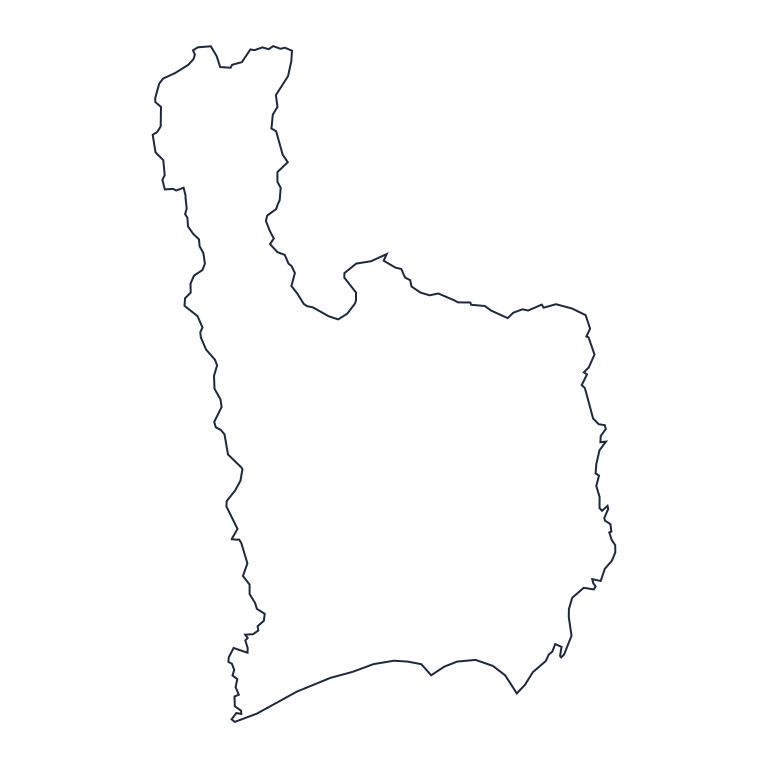 Juana Díaz, Puerto Rico (Natural Earth projection)
{"feature_id": "32010507B98584278063898", "entity_name": "Juana Díaz", "entity_type": "district", "adm_level": 2, "iso_a3": "PRI", "parent_name": "Puerto Rico", "parent_adm1": "", "projection": "natural_earth1", "projection_center": [-66.503, 18.064], "detail": "fine", "context": "isolated", "style": "outline", "palette": "slate", "viewbox_px": 768, "rotation_deg": 0, "n_neighbors": 0, "source": "geoboundaries", "source_scale": "gbopen_adm2", "svg_char_len": 3257}
<svg xmlns="http://www.w3.org/2000/svg" viewBox="0 0 768 768"><path d="M234.8,721.9L256.7,713.7L297.1,691.5L330.6,677.8L345.9,673.7L352.7,671.8L373.3,664.2L378.9,663.2L391.6,661.1L393.9,660.7L399.9,661.1L407.6,661.6L414.6,662.9L417.2,663.4L421.3,664.2L426.6,670.1L431.2,675.3L444.2,666.7L457.1,661.6L475.4,659.9L479.3,661.2L492.9,665.9L505.1,675.3L511.1,684.5L516.8,693.4L525.0,684.8L532.8,672.2L545.8,661.0L548.8,654.5L552.3,651.7L555.2,644.1L561.5,646.8L560.1,656.0L561.2,657.4L564.1,654.5L571.5,635.8L568.8,617.0L568.9,609.1L572.2,597.8L583.7,587.8L593.8,589.4L595.6,586.4L593.2,583.1L592.3,579.2L600.7,581.0L604.8,568.8L612.0,560.6L615.3,552.4L615.2,545.1L611.6,539.7L609.3,532.4L611.4,531.6L610.4,524.2L604.9,520.5L604.3,517.9L608.2,509.0L607.5,505.9L602.0,510.8L599.5,507.9L599.6,497.1L596.3,485.9L599.0,475.6L595.6,473.4L596.3,464.2L599.5,450.2L606.0,441.6L600.4,442.2L600.7,436.0L605.8,429.1L604.8,425.2L598.7,424.2L593.1,418.5L584.9,388.1L581.7,385.1L587.0,374.4L583.8,372.4L588.8,367.4L594.5,354.5L588.5,337.3L586.4,336.5L590.1,328.6L585.6,315.1L572.0,308.5L556.0,304.2L543.6,307.7L541.8,304.6L528.1,310.5L522.5,309.3L513.3,312.7L507.7,318.1L491.2,310.6L484.8,306.0L471.2,304.8L470.3,302.5L458.1,302.4L453.9,300.2L438.4,293.5L429.5,295.3L420.3,292.5L411.5,286.5L410.2,280.2L405.0,277.5L401.3,269.0L395.6,267.7L383.7,260.7L386.7,254.1L371.1,261.2L356.2,263.6L344.4,273.1L344.3,277.6L356.0,292.5L356.0,300.3L355.0,303.5L347.2,313.7L338.2,319.4L328.8,316.3L312.8,307.3L307.1,306.2L303.7,303.8L297.4,293.7L291.4,286.0L294.9,273.0L291.5,266.0L288.4,263.5L284.8,254.9L277.4,252.1L270.0,244.1L273.8,238.6L269.8,230.9L265.9,220.9L267.2,215.6L276.1,209.1L278.1,203.4L279.1,201.6L279.7,200.0L280.7,187.8L277.4,181.8L277.4,172.1L287.8,162.2L282.7,154.7L276.1,131.2L271.4,128.5L271.8,125.2L272.8,114.6L277.5,106.9L275.9,95.1L288.0,76.2L291.3,61.4L292.0,50.7L284.8,47.7L280.5,48.8L273.2,46.1L268.7,49.2L262.4,47.4L254.4,50.2L250.4,49.4L241.9,62.1L232.1,64.8L230.6,67.7L220.2,67.1L216.7,56.2L210.8,46.3L197.9,47.3L193.0,50.3L194.9,54.8L193.4,59.2L188.2,64.9L175.0,73.1L163.0,78.6L159.2,83.7L155.2,98.1L155.3,102.1L161.0,106.9L160.7,126.4L157.2,132.0L152.7,134.8L155.5,152.3L163.3,160.2L164.7,175.2L162.4,179.8L164.8,189.4L173.0,188.9L176.3,190.5L183.6,187.7L185.6,195.8L185.5,197.6L186.7,208.5L185.1,214.1L187.4,217.7L188.0,226.5L193.3,234.0L199.0,239.4L199.6,246.3L203.4,253.1L204.9,263.7L202.5,270.0L194.0,275.6L190.5,283.7L190.7,292.6L185.1,298.2L184.5,305.8L197.5,316.1L202.5,327.5L200.3,332.3L200.9,337.6L206.1,349.6L215.0,359.8L217.1,365.4L214.0,375.8L214.5,388.8L220.5,399.4L221.6,407.0L214.2,421.9L215.8,427.3L220.8,430.0L224.5,434.3L228.0,454.5L241.3,467.4L242.5,469.3L241.4,475.1L240.5,480.6L235.2,490.4L226.7,501.1L226.4,506.4L237.5,528.9L231.8,538.9L231.8,539.2L236.4,539.7L239.2,539.6L241.3,543.0L247.4,563.4L242.9,576.0L249.6,584.6L249.6,594.1L255.2,603.1L255.3,603.7L256.9,608.9L264.7,613.8L263.9,620.7L257.6,626.2L258.3,630.5L253.1,634.2L245.2,634.7L247.7,638.0L245.3,640.4L247.7,648.1L247.5,652.7L233.6,648.0L228.8,657.2L228.4,661.8L231.9,663.8L234.2,669.9L232.5,675.5L237.3,679.1L235.6,687.2L238.8,694.7L234.5,696.5L234.8,706.3L241.1,710.7L241.3,714.0L236.4,713.0L231.6,719.3L234.8,721.9Z" fill="none" stroke="#1e293b" stroke-width="2"/></svg>